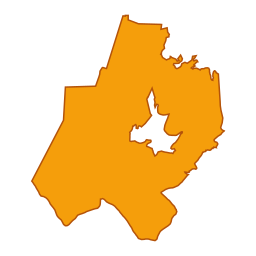 Kafr Al-Dawwar, Al Buhayrah, Egypt (Mercator projection)
{"feature_id": "37247803B13171530844779", "entity_name": "Kafr Al-Dawwar", "entity_type": "district", "adm_level": 2, "iso_a3": "EGY", "parent_name": "Egypt", "parent_adm1": "Al Buhayrah", "projection": "mercator", "projection_center": [30.133, 31.129], "detail": "fine", "context": "isolated", "style": "filled", "palette": "amber", "viewbox_px": 256, "rotation_deg": 0, "n_neighbors": 0, "source": "geoboundaries", "source_scale": "gbopen_adm2", "svg_char_len": 5880}
<svg xmlns="http://www.w3.org/2000/svg" viewBox="0 0 256 256"><path d="M176.8,211.6L176.7,211.2L176.4,210.7L176.2,209.5L175.4,208.6L174.8,207.1L174.0,205.9L172.3,204.3L169.3,200.5L167.7,199.4L165.9,197.5L161.3,193.3L161.1,192.3L165.7,189.4L166.7,189.0L168.3,188.4L169.5,188.1L171.2,187.9L172.7,187.8L173.7,187.5L178.0,185.6L178.9,184.8L180.8,182.9L181.6,182.4L182.3,181.6L183.4,180.1L183.8,179.7L187.1,175.7L188.2,174.6L187.5,174.5L185.3,172.9L184.9,172.1L186.2,172.2L187.8,172.5L189.3,172.1L189.4,171.6L189.2,171.2L189.6,171.0L191.0,170.1L191.5,169.5L192.8,168.9L195.0,168.8L195.7,169.2L196.2,169.0L196.7,168.5L196.7,167.8L196.0,166.3L195.3,165.2L194.6,163.7L194.8,163.3L197.0,161.0L197.6,160.5L199.2,157.9L200.9,155.9L201.8,154.5L202.7,152.3L203.1,152.4L203.7,151.9L205.7,151.4L205.8,150.3L206.8,150.3L207.6,149.9L209.6,150.3L210.7,150.0L210.8,149.5L211.5,149.2L212.3,148.1L213.0,148.4L213.8,147.1L214.9,147.6L215.9,147.3L216.3,147.5L216.2,147.0L216.8,145.9L217.6,144.6L217.8,143.9L217.3,143.0L216.7,142.2L215.2,141.9L214.1,140.7L214.2,139.5L218.1,136.1L220.8,134.5L222.1,132.7L223.1,131.8L224.0,131.2L224.2,130.9L223.2,130.5L222.3,130.0L221.6,129.4L221.0,128.5L220.7,127.4L222.2,122.7L222.8,118.0L220.9,110.0L220.3,105.7L220.2,103.5L220.1,101.2L218.4,74.8L218.4,74.1L216.6,72.9L216.1,72.7L215.8,71.7L215.5,71.4L215.4,71.2L214.9,70.9L214.4,70.8L213.3,72.2L213.3,73.2L212.9,73.8L212.9,76.5L213.3,77.3L213.4,77.9L212.8,79.0L212.8,80.3L211.8,80.0L211.1,79.1L210.9,78.1L210.8,77.6L210.7,76.4L210.7,75.8L209.8,73.7L209.8,72.7L209.5,72.2L209.5,69.9L209.4,69.7L209.2,69.2L208.7,68.2L207.4,67.8L205.2,68.0L204.0,68.7L202.5,68.7L201.1,68.9L200.2,70.0L199.2,69.4L196.6,68.2L193.5,68.3L192.9,69.1L191.2,68.0L192.2,67.1L192.8,66.9L193.1,66.9L193.6,66.6L193.8,66.6L195.0,66.0L193.7,65.0L194.0,64.5L194.7,64.1L195.0,63.9L195.7,63.0L196.7,62.2L197.1,61.9L197.3,61.7L197.7,61.7L197.2,60.7L196.8,60.2L196.2,60.0L195.9,60.0L194.2,60.8L193.7,60.8L193.6,60.5L193.5,59.3L193.7,58.9L194.0,58.5L194.3,58.5L194.5,58.3L194.7,58.0L194.9,57.8L196.1,55.7L192.6,56.3L191.9,59.8L191.2,60.5L187.2,63.3L184.9,62.3L182.1,63.6L181.8,63.8L181.5,64.6L181.5,65.1L181.3,65.7L180.1,67.1L179.6,67.2L178.8,67.8L178.1,68.2L177.4,68.5L176.6,68.6L176.4,68.4L176.0,68.1L175.6,68.0L175.2,67.6L175.1,67.4L175.0,66.9L175.0,66.4L173.4,64.9L173.8,63.6L178.4,63.3L178.8,63.2L179.1,63.1L179.2,62.8L179.9,62.1L180.8,61.6L181.9,60.6L181.9,60.2L182.4,58.8L180.6,55.1L177.8,58.8L179.0,60.5L177.2,61.1L175.8,59.1L171.5,57.4L170.9,56.6L170.3,56.4L169.9,58.4L168.5,59.1L168.2,59.1L166.4,59.9L162.6,57.5L161.4,54.9L161.4,53.9L161.1,54.2L160.8,54.2L161.5,52.5L161.6,51.8L162.4,50.4L162.8,50.0L164.5,48.4L163.9,45.1L165.7,40.9L166.3,37.5L168.9,36.8L168.9,35.4L169.3,34.4L167.7,32.2L167.1,27.8L161.0,29.3L161.6,24.5L160.3,24.4L138.5,23.8L128.2,19.9L128.2,15.4L125.3,15.4L125.3,16.1L123.0,15.9L106.5,68.5L105.8,68.4L102.9,67.5L102.7,67.5L102.3,67.7L102.0,68.0L100.0,71.2L100.0,71.5L99.7,74.3L98.9,76.9L95.6,86.2L65.4,87.1L63.5,120.3L31.8,181.1L32.9,182.5L34.0,184.3L35.4,186.2L36.4,188.2L38.7,192.0L39.6,194.2L41.0,196.0L43.8,196.6L46.0,197.8L47.6,199.3L49.2,201.6L50.2,203.8L51.3,205.3L53.2,207.6L54.9,210.0L56.7,214.9L57.4,216.2L58.3,217.3L59.5,218.5L61.0,219.7L61.8,220.9L63.7,224.6L64.3,224.8L65.2,225.7L66.7,225.7L67.5,225.5L67.7,225.4L68.5,224.8L69.0,224.5L70.8,222.5L72.1,221.1L73.2,220.1L75.3,218.5L76.7,216.5L77.7,215.2L79.8,214.3L82.1,213.6L85.0,212.5L86.5,211.6L88.2,211.0L93.5,209.2L95.2,208.7L97.3,208.3L98.0,207.9L99.4,206.3L99.7,205.7L100.0,205.0L100.2,204.1L100.3,203.2L100.5,199.1L101.6,199.0L102.6,198.6L104.1,199.3L105.5,200.6L106.5,201.8L107.7,202.4L108.4,202.9L111.2,204.1L112.3,204.5L114.7,206.1L117.7,209.5L119.0,210.7L120.1,212.4L121.8,214.4L123.2,216.2L124.1,217.0L125.4,218.5L127.3,221.0L130.3,225.9L131.2,227.1L131.5,227.7L132.0,228.4L132.4,229.6L133.4,231.5L135.3,233.8L136.2,235.2L136.7,235.7L137.0,236.2L137.4,236.7L138.2,238.1L138.8,238.6L141.6,239.5L144.2,239.3L145.6,239.0L147.6,239.0L148.8,239.1L150.6,239.7L155.0,240.6L156.7,239.4L157.2,238.2L157.6,236.5L158.2,235.2L160.0,231.8L160.9,230.8L163.1,229.1L168.3,225.6L170.2,223.9L171.1,221.8L171.4,220.3L171.8,218.5L173.8,215.7L175.8,214.2L176.8,211.6ZM154.1,95.0L155.0,97.6L154.4,98.9L154.3,99.2L155.0,102.1L154.9,103.4L154.7,104.5L154.5,105.0L155.1,107.4L156.6,104.3L157.8,104.5L158.3,105.6L157.7,107.2L157.6,108.2L157.7,109.4L157.7,110.6L158.0,112.5L158.9,113.5L160.3,114.3L163.1,115.0L165.1,114.9L168.5,114.2L169.0,114.1L167.7,118.1L166.0,122.2L164.9,125.2L164.2,129.3L164.6,130.7L167.2,133.7L169.1,135.0L171.8,135.3L173.3,135.3L175.4,135.4L176.6,135.2L181.4,131.8L182.3,131.9L182.3,132.3L182.2,132.9L180.9,133.9L180.3,134.8L179.7,136.3L178.9,137.5L178.5,138.4L177.9,139.3L175.5,142.5L173.5,143.9L172.3,145.3L171.2,147.0L170.9,148.3L171.4,148.6L171.9,149.1L173.3,149.0L174.3,148.7L175.4,150.6L174.2,151.3L173.1,153.2L172.9,153.5L172.7,153.4L171.6,153.0L170.4,153.1L166.4,152.3L164.9,152.1L162.6,151.5L161.6,151.1L158.2,151.9L156.7,154.6L154.9,156.0L153.7,153.5L153.2,152.3L153.0,151.1L152.3,149.5L152.1,148.5L150.7,148.0L148.6,147.0L146.7,146.4L146.7,145.1L147.3,144.1L148.0,143.5L150.6,142.3L151.1,141.1L150.7,140.2L148.4,140.1L146.7,139.7L146.1,140.1L145.5,141.3L144.7,141.9L143.1,142.6L141.0,143.2L140.5,143.2L139.4,143.2L138.6,142.9L137.8,142.5L137.0,142.3L134.8,140.9L134.0,141.1L132.7,141.2L131.8,141.3L131.3,141.5L130.1,141.2L129.8,140.5L129.8,139.1L129.9,137.6L129.9,135.2L129.8,134.9L130.1,134.0L130.0,133.2L129.7,132.6L129.7,132.3L131.1,131.0L131.9,129.8L132.0,129.6L132.3,128.8L132.6,127.5L132.7,126.2L133.7,126.1L134.2,125.4L135.7,124.6L136.2,125.4L136.2,127.5L136.2,128.2L137.5,128.6L138.0,128.4L137.9,127.8L138.4,126.7L139.0,125.9L139.4,125.8L140.6,126.2L141.4,126.9L145.3,123.4L147.3,120.8L149.0,118.8L151.6,115.3L150.3,113.7L146.8,99.2L147.6,97.3L147.9,97.4L152.1,88.2L154.1,95.0Z" fill="#f59e0b" stroke="#b45309" stroke-width="1.5"/></svg>